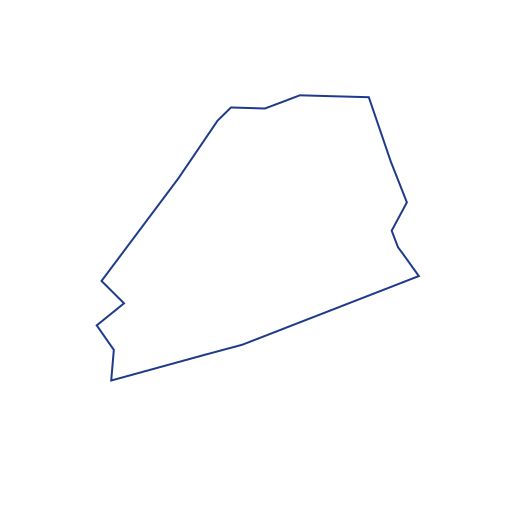 Spencer, Kentucky, United States of America, rotated 137°
{"feature_id": "52423323B77843933452761", "entity_name": "Spencer", "entity_type": "district", "adm_level": 2, "iso_a3": "USA", "parent_name": "United States of America", "parent_adm1": "Kentucky", "projection": "equal_earth", "projection_center": [-85.343, 38.044], "detail": "fine", "context": "isolated", "style": "outline", "palette": "blue", "viewbox_px": 512, "rotation_deg": 137, "n_neighbors": 0, "source": "geoboundaries", "source_scale": "gbopen_adm2", "svg_char_len": 415}
<svg xmlns="http://www.w3.org/2000/svg" viewBox="0 0 512 512"><g transform="rotate(137 256 256)"><path d="M146.2,165.5L139.5,182.0L109.1,192.3L93.0,233.2L65.2,295.2L90.6,320.2L114.3,343.6L148.9,357.8L173.0,381.7L191.8,381.2L259.9,365.7L386.0,343.1L384.8,311.4L419.8,313.9L424.0,284.3L446.8,263.7L359.9,218.2L326.6,200.5L150.6,130.3L147.2,156.4L146.2,165.5Z" fill="none" stroke="#1e3a8a" stroke-width="2"/></g></svg>